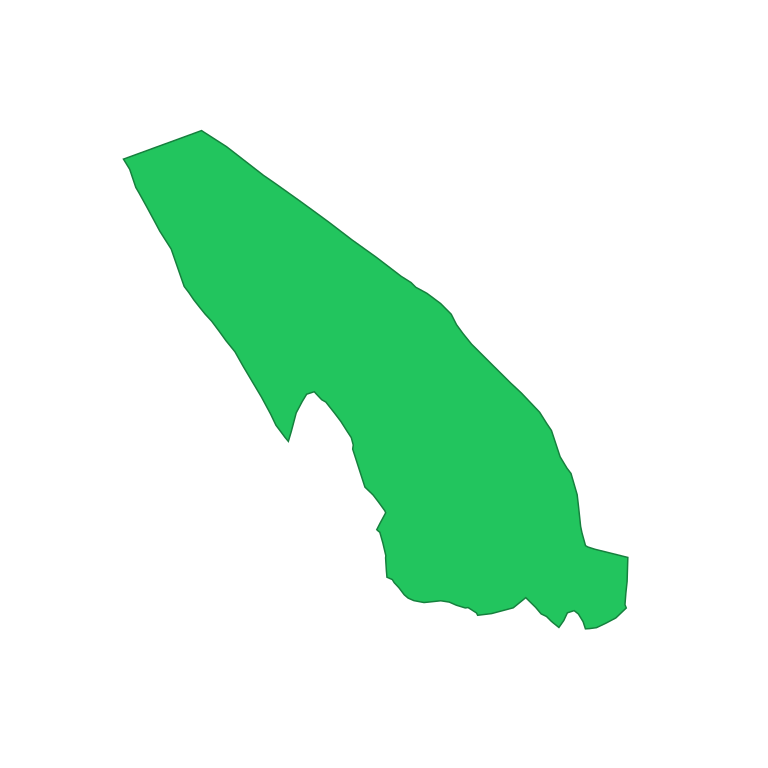 Aderbissinat, Agadez, Niger, rotated 252°
{"feature_id": "23599985B52241460380538", "entity_name": "Aderbissinat", "entity_type": "district", "adm_level": 2, "iso_a3": "NER", "parent_name": "Niger", "parent_adm1": "Agadez", "projection": "albers", "projection_center": [8.516, 16.502], "detail": "fine", "context": "isolated", "style": "filled", "palette": "green", "viewbox_px": 768, "rotation_deg": 252, "n_neighbors": 0, "source": "geoboundaries", "source_scale": "gbopen_adm2", "svg_char_len": 1710}
<svg xmlns="http://www.w3.org/2000/svg" viewBox="0 0 768 768"><g transform="rotate(252 384 384)"><path d="M143.7,562.3L161.6,533.6L166.0,527.5L168.0,525.7L181.4,526.3L187.8,527.0L206.2,530.9L219.0,533.5L241.1,534.2L247.4,532.0L260.4,529.0L288.0,528.9L296.3,526.5L309.0,523.3L332.9,511.9L345.7,504.8L368.4,493.1L394.8,479.6L407.6,474.7L418.0,471.3L429.6,469.5L442.9,462.8L456.9,452.9L466.2,444.1L472.1,441.1L481.1,433.6L506.8,415.9L530.8,398.2L555.3,381.3L581.9,362.1L607.7,343.0L619.6,333.9L658.2,307.7L679.6,290.2L681.4,288.8L678.4,205.7L666.8,208.5L647.6,208.7L641.7,210.0L626.8,212.9L611.5,215.7L598.6,218.0L589.3,220.4L578.1,223.3L538.5,224.1L531.1,226.7L522.8,229.1L513.3,232.6L505.7,235.5L497.0,239.5L484.9,243.6L474.0,247.1L460.7,252.2L444.4,255.5L427.1,259.4L409.5,263.4L390.3,266.9L378.1,268.5L373.2,270.2L364.0,273.3L359.0,275.3L367.4,281.1L383.7,291.6L392.6,300.8L398.2,307.3L398.2,315.3L395.9,316.3L388.3,319.9L384.8,323.1L378.8,325.3L371.8,327.9L361.7,331.4L350.1,334.4L343.1,336.3L335.5,335.9L331.8,334.1L291.8,334.0L281.9,339.3L273.7,342.2L263.2,345.6L261.0,345.8L252.8,337.2L247.7,332.1L245.9,333.1L244.3,334.2L233.3,333.8L220.1,332.7L218.2,331.8L205.4,328.5L199.3,327.1L195.4,331.5L191.9,332.3L185.7,335.2L177.3,338.1L172.9,340.8L168.8,345.4L163.8,354.5L162.4,361.0L160.3,371.0L156.4,378.7L151.3,384.4L145.9,392.1L145.4,394.9L137.7,401.2L135.1,401.6L132.4,415.4L131.2,437.8L137.0,452.8L124.7,459.2L116.8,462.4L112.7,466.7L106.8,469.7L104.2,471.3L98.4,475.1L103.5,481.9L109.7,487.7L109.7,494.8L105.2,497.8L96.4,499.9L88.9,499.9L87.9,503.7L86.6,510.8L88.0,521.5L89.9,532.3L96.1,545.2L99.7,545.0L110.6,549.5L121.1,554.2L143.7,562.3Z" fill="#22c55e" stroke="#15803d" stroke-width="1.5"/></g></svg>